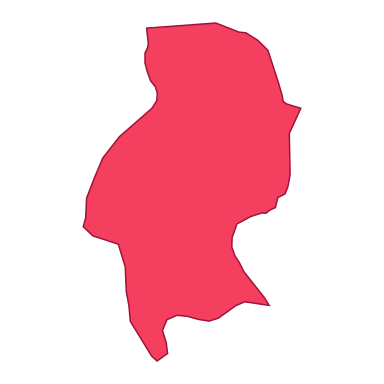 outline of Krško
{"feature_id": "SVN-958", "entity_name": "Krško", "entity_type": "Statistical Region", "adm_level": 1, "iso_a3": "SVN", "parent_name": "Slovenia", "parent_adm1": "", "projection": "robinson", "projection_center": [15.476, 45.922], "detail": "fine", "context": "isolated", "style": "filled", "palette": "rose", "viewbox_px": 384, "rotation_deg": 0, "n_neighbors": 0, "source": "natural_earth", "source_scale": "10m", "svg_char_len": 915}
<svg xmlns="http://www.w3.org/2000/svg" viewBox="0 0 384 384"><path d="M269.2,305.4L244.7,301.8L235.7,305.7L218.3,318.2L209.1,321.1L198.4,319.4L187.7,316.4L177.2,315.3L167.0,319.6L162.5,330.4L166.2,342.5L167.6,353.5L157.1,361.0L156.7,360.6L151.7,356.2L130.3,321.3L128.9,305.6L126.3,291.7L125.2,266.6L118.3,244.2L92.9,235.9L83.2,226.7L85.7,217.6L86.6,198.1L94.8,176.9L102.8,158.0L119.6,136.5L151.9,108.3L156.8,100.6L157.3,93.3L155.4,86.8L150.5,80.7L147.2,71.5L145.0,63.0L145.0,53.0L147.6,47.6L148.3,43.6L146.6,28.1L215.8,23.0L238.9,32.1L245.9,32.8L257.9,40.4L267.9,50.3L278.1,81.6L282.3,96.0L283.1,101.4L286.7,104.0L300.8,108.3L289.3,133.5L290.1,174.6L287.9,186.7L285.1,193.8L277.8,197.7L275.4,207.6L269.8,210.1L265.9,213.3L261.7,213.0L250.8,216.5L236.9,224.0L232.1,237.7L231.8,247.0L234.7,255.4L239.4,262.7L243.9,271.7L264.5,297.8L269.0,305.1L269.2,305.4Z" fill="#f43f5e" stroke="#9f1239" stroke-width="1.5"/></svg>